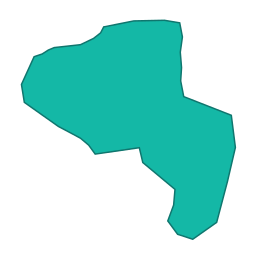 outline of Oyam, rotated 92°
{"feature_id": "UGA-3103", "entity_name": "Oyam", "entity_type": "County", "adm_level": 1, "iso_a3": "UGA", "parent_name": "Uganda", "parent_adm1": "", "projection": "mercator", "projection_center": [32.488, 2.331], "detail": "fine", "context": "isolated", "style": "filled", "palette": "teal", "viewbox_px": 256, "rotation_deg": 92, "n_neighbors": 0, "source": "natural_earth", "source_scale": "10m", "svg_char_len": 556}
<svg xmlns="http://www.w3.org/2000/svg" viewBox="0 0 256 256"><g transform="rotate(92 128 128)"><path d="M236.9,59.4L232.5,74.7L219.5,85.0L203.4,79.7L187.7,78.9L162.0,112.0L147.3,116.0L155.2,159.9L146.5,166.7L139.9,175.1L135.4,184.2L128.9,197.6L106.0,232.5L88.2,236.0L60.0,224.3L57.0,216.3L52.9,210.4L50.2,204.5L46.4,178.4L39.7,165.6L33.9,158.7L27.8,155.8L20.8,126.0L19.1,95.3L21.1,80.0L35.1,76.8L50.4,78.4L65.8,76.6L79.1,77.0L94.7,73.4L111.7,25.2L143.7,20.0L177.8,26.7L219.2,36.1L236.9,59.4Z" fill="#14b8a6" stroke="#0f766e" stroke-width="1.5"/></g></svg>